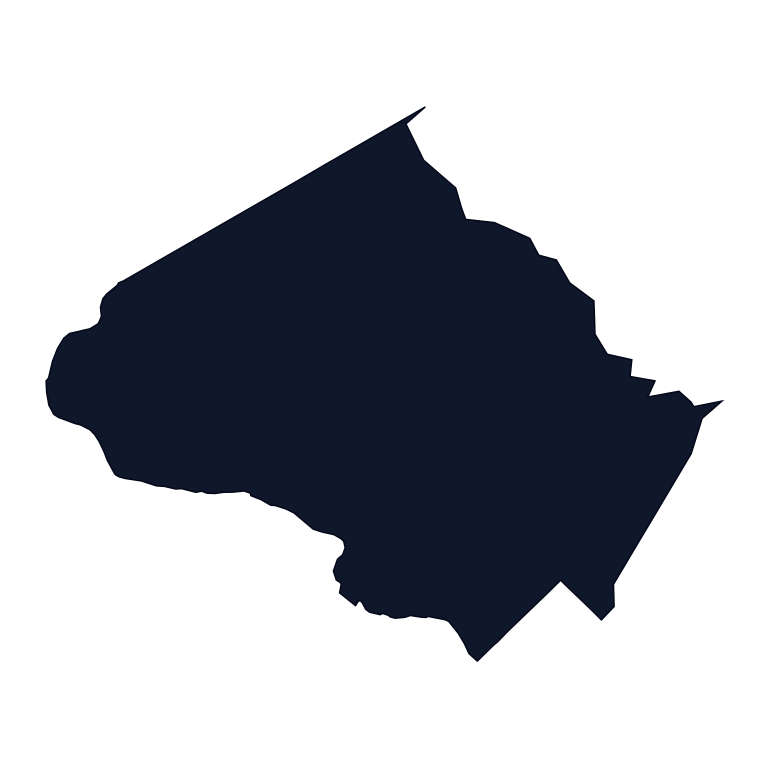 Montgomery, Maryland, United States of America
{"feature_id": "52423323B79763443872127", "entity_name": "Montgomery", "entity_type": "district", "adm_level": 2, "iso_a3": "USA", "parent_name": "United States of America", "parent_adm1": "Maryland", "projection": "natural_earth1", "projection_center": [-77.245, 39.144], "detail": "fine", "context": "isolated", "style": "filled", "palette": "ink", "viewbox_px": 768, "rotation_deg": 0, "n_neighbors": 0, "source": "geoboundaries", "source_scale": "gbopen_adm2", "svg_char_len": 1792}
<svg xmlns="http://www.w3.org/2000/svg" viewBox="0 0 768 768"><path d="M601.4,619.9L614.1,606.5L613.5,584.3L631.0,554.8L634.0,549.7L655.1,514.4L691.2,453.6L702.1,418.4L721.9,401.1L693.9,406.7L691.1,402.2L679.0,391.3L647.8,397.0L655.0,380.9L630.1,376.5L631.8,359.8L607.3,354.3L595.0,334.2L593.9,300.9L569.7,282.9L556.4,260.0L538.8,255.2L529.7,238.3L494.4,222.6L465.7,219.4L461.6,208.2L455.7,188.0L423.7,160.3L405.9,123.9L425.3,106.9L326.2,164.0L303.8,177.1L301.7,178.4L122.9,281.2L118.5,282.9L117.5,285.1L106.6,294.1L102.9,298.7L100.5,307.1L101.4,316.5L98.9,322.4L97.6,324.1L89.8,328.8L69.5,333.5L63.7,338.3L57.6,348.3L52.5,361.3L48.6,378.0L46.1,380.9L46.2,383.0L46.7,392.7L48.9,405.2L52.7,412.3L53.8,414.4L58.7,417.5L75.2,423.6L80.2,424.8L89.9,429.7L94.7,434.6L99.2,441.6L104.1,451.9L107.2,460.0L107.5,460.6L114.4,473.4L115.7,474.9L119.1,476.8L124.8,478.4L141.1,480.9L156.2,485.8L164.4,486.4L175.8,489.0L178.7,488.8L181.5,488.6L195.8,492.3L201.7,491.2L207.1,493.2L215.0,493.5L223.3,492.3L233.3,492.1L243.9,491.0L248.9,492.6L250.5,493.6L250.8,495.6L256.6,497.9L260.9,499.6L270.7,505.2L275.2,505.5L285.5,508.8L293.8,512.8L313.3,529.2L322.5,532.1L333.8,534.6L341.1,538.7L343.7,541.3L345.2,547.7L342.7,554.7L337.5,559.2L333.4,571.1L336.3,580.0L340.3,582.6L341.2,584.5L339.6,592.9L355.5,605.6L358.2,601.4L358.9,600.9L360.6,600.9L362.3,602.9L365.9,609.5L369.6,612.2L380.2,614.7L382.5,613.4L388.6,615.4L389.7,616.7L395.0,618.2L404.8,617.3L410.4,615.5L422.1,617.3L426.3,617.4L427.4,616.5L429.1,616.6L444.2,619.5L447.2,620.6L448.9,621.6L458.3,633.4L464.5,643.8L469.0,653.6L477.3,661.1L493.5,645.2L497.5,641.9L507.3,631.8L513.3,626.0L528.3,611.6L546.6,594.0L559.1,581.7L560.7,580.2L565.7,585.3L587.6,606.2L589.5,608.1L595.3,613.8L601.4,619.9Z" fill="#0f172a" stroke="#020617" stroke-width="1.5"/></svg>